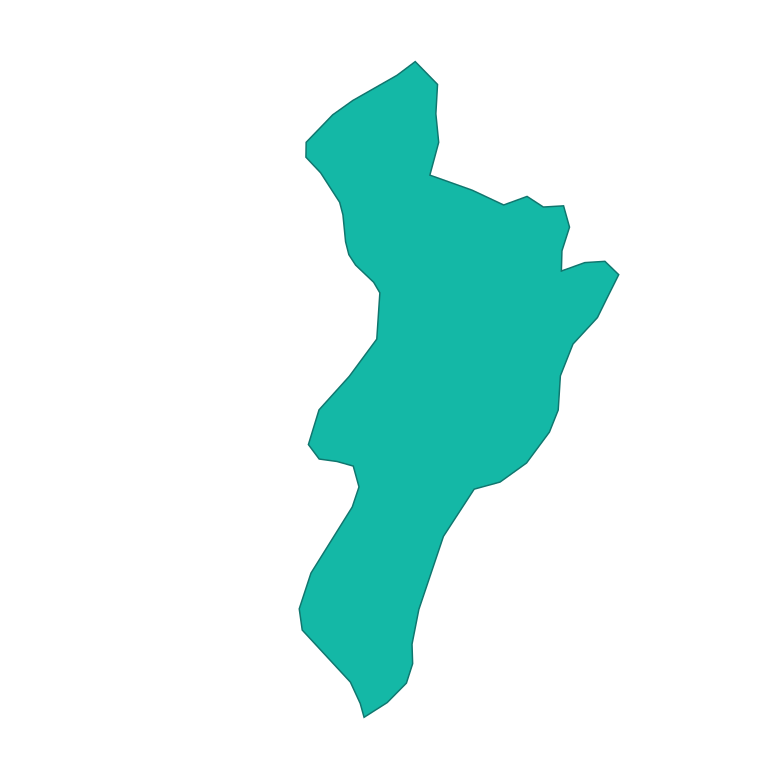 outline of Podujevo, rotated 224°
{"feature_id": "KOS-5901", "entity_name": "Podujevo", "entity_type": "District", "adm_level": 1, "iso_a3": "XKX", "parent_name": "Kosovo", "parent_adm1": "", "projection": "albers", "projection_center": [21.187, 42.93], "detail": "fine", "context": "isolated", "style": "filled", "palette": "teal", "viewbox_px": 768, "rotation_deg": 224, "n_neighbors": 0, "source": "natural_earth", "source_scale": "10m", "svg_char_len": 903}
<svg xmlns="http://www.w3.org/2000/svg" viewBox="0 0 768 768"><g transform="rotate(224 384 384)"><path d="M166.8,130.4L179.2,137.7L201.1,146.2L271.9,150.2L288.8,163.4L305.2,197.3L321.4,273.5L330.5,292.6L349.1,303.6L364.0,295.6L378.5,285.0L396.3,287.9L412.8,320.3L414.3,365.4L420.4,411.3L450.3,446.7L462.1,450.0L487.0,449.8L499.1,452.6L510.4,459.6L531.1,477.2L542.1,483.9L576.3,491.9L597.7,492.9L607.9,503.8L607.9,511.5L607.9,542.0L603.4,566.3L589.1,615.1L585.5,637.6L553.6,636.7L534.4,614.4L512.5,595.8L496.1,566.1L455.1,584.7L422.3,595.9L411.4,618.3L392.3,622.0L378.6,636.9L359.5,625.7L348.5,603.4L334.9,588.5L323.9,610.8L310.3,625.7L291.1,625.7L282.9,599.6L276.6,580.0L275.8,544.0L262.8,512.4L240.6,486.3L231.6,464.3L226.6,426.2L232.4,394.1L246.1,371.0L235.4,315.7L202.3,246.0L183.1,216.3L169.1,202.7L160.1,184.4L160.4,157.1L166.8,130.4Z" fill="#14b8a6" stroke="#0f766e" stroke-width="1.5"/></g></svg>